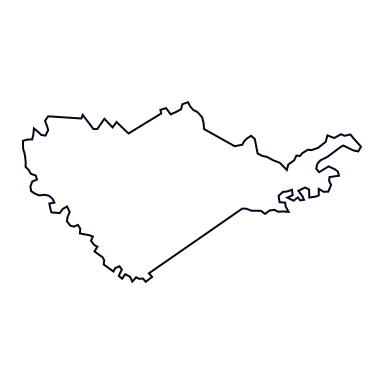 outline of Pranchita, Paraná, Brazil
{"feature_id": "56859067B45409060945550", "entity_name": "Pranchita", "entity_type": "district", "adm_level": 2, "iso_a3": "BRA", "parent_name": "Brazil", "parent_adm1": "Paraná", "projection": "albers", "projection_center": [-53.701, -25.973], "detail": "fine", "context": "isolated", "style": "outline", "palette": "ink", "viewbox_px": 384, "rotation_deg": 0, "n_neighbors": 0, "source": "geoboundaries", "source_scale": "gbopen_adm2", "svg_char_len": 2192}
<svg xmlns="http://www.w3.org/2000/svg" viewBox="0 0 384 384"><path d="M327.4,135.4L325.7,141.8L318.1,147.9L311.5,150.1L307.9,149.7L302.4,153.1L299.9,156.0L296.4,155.6L294.1,160.4L288.4,164.4L286.8,170.0L279.8,162.8L273.4,160.4L267.0,156.9L262.3,155.9L257.6,153.5L254.8,139.0L251.1,135.8L246.8,138.5L244.1,141.3L242.3,144.7L234.7,146.2L204.1,129.1L203.5,122.5L202.1,117.3L197.6,112.2L193.2,109.9L190.1,106.3L188.0,102.2L182.4,104.2L181.0,109.3L176.2,111.9L170.7,114.3L166.0,108.1L160.4,109.9L161.2,113.5L128.5,133.5L116.5,122.0L112.6,127.4L104.4,118.8L97.3,129.0L93.3,129.0L91.3,126.2L82.7,114.9L81.4,118.5L48.2,116.3L45.0,120.8L46.6,124.9L48.2,130.0L45.5,135.6L41.3,135.0L38.4,132.2L33.9,128.4L33.3,134.8L32.2,139.4L27.3,139.6L23.0,140.8L23.0,145.4L23.2,149.1L24.4,152.7L25.2,157.3L25.7,162.4L25.6,167.0L28.4,169.6L30.9,173.8L35.7,175.5L37.0,179.5L32.3,181.5L30.4,186.5L31.1,191.1L34.9,193.6L39.2,195.4L44.9,194.8L49.0,195.8L52.6,198.9L54.4,202.6L49.3,203.5L50.4,208.9L51.5,212.5L55.4,212.7L59.6,213.1L62.9,208.9L67.0,206.5L69.7,212.1L67.6,216.8L66.9,221.2L70.2,225.6L73.9,226.6L78.0,224.9L80.3,228.8L79.9,233.5L84.8,234.4L89.0,235.1L92.9,236.5L91.0,240.7L94.1,244.9L97.4,246.7L94.5,251.4L99.1,254.8L102.5,257.1L104.2,260.3L103.7,264.5L107.1,266.9L110.6,269.5L113.5,271.5L115.2,268.1L119.5,266.3L121.9,269.7L120.2,272.7L118.8,276.0L122.1,278.7L125.3,274.2L130.1,276.8L132.3,281.6L136.2,277.3L139.1,278.8L143.1,278.6L145.7,281.8L152.1,276.9L148.9,273.3L203.2,235.7L242.1,208.7L246.3,208.7L251.4,210.7L260.9,210.8L265.1,213.9L269.6,210.5L274.4,209.8L277.9,211.7L284.1,211.5L288.6,211.9L285.6,206.3L285.2,202.6L279.6,202.2L278.6,195.8L282.9,192.0L287.3,191.4L292.0,189.8L292.7,195.2L287.3,197.6L293.6,200.7L297.8,197.4L300.3,200.4L304.0,199.8L302.5,196.4L298.4,190.8L305.0,187.5L309.1,189.5L309.3,197.5L315.7,196.6L318.8,195.4L318.7,188.9L323.7,191.8L328.3,191.6L331.1,184.9L329.1,180.8L329.5,177.1L339.0,175.7L337.9,171.6L334.7,169.2L328.6,166.4L319.1,172.2L316.2,168.6L317.5,163.6L320.2,160.5L327.7,156.7L340.2,147.3L343.3,145.5L353.3,150.4L358.2,151.4L361.0,146.7L353.4,138.2L350.4,134.5L344.5,135.8L341.1,134.2L334.2,138.0L327.4,135.4Z" fill="none" stroke="#020617" stroke-width="2"/></svg>